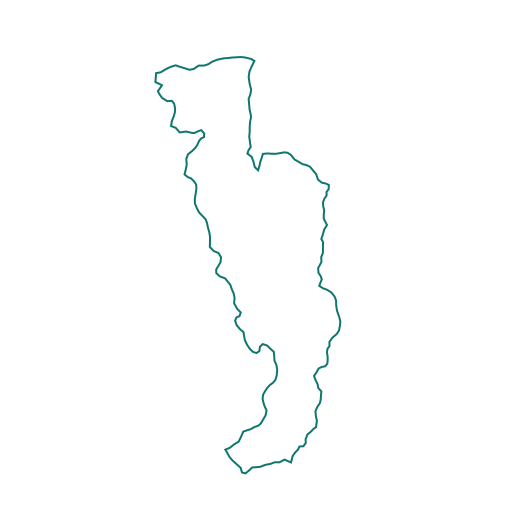 outline of Datas, Minas Gerais, Brazil, rotated 341°
{"feature_id": "56859067B3541118677484", "entity_name": "Datas", "entity_type": "district", "adm_level": 2, "iso_a3": "BRA", "parent_name": "Brazil", "parent_adm1": "Minas Gerais", "projection": "mercator", "projection_center": [-43.653, -18.476], "detail": "fine", "context": "isolated", "style": "outline", "palette": "teal", "viewbox_px": 512, "rotation_deg": 341, "n_neighbors": 0, "source": "geoboundaries", "source_scale": "gbopen_adm2", "svg_char_len": 3436}
<svg xmlns="http://www.w3.org/2000/svg" viewBox="0 0 512 512"><g transform="rotate(341 256 256)"><path d="M229.1,454.5L232.7,452.7L235.0,450.3L238.8,451.3L242.2,449.0L243.2,445.5L246.4,441.6L250.8,439.9L253.8,438.3L257.0,437.4L259.9,431.7L260.5,426.9L261.7,422.0L264.8,418.7L268.5,415.9L270.5,412.7L271.9,409.3L273.7,405.3L271.9,401.2L272.5,397.2L271.9,392.5L271.8,388.3L275.5,385.6L278.5,382.8L281.9,382.3L285.5,382.8L288.4,381.0L289.9,377.7L291.0,374.2L291.8,370.0L293.4,367.0L296.2,365.0L297.4,361.2L301.5,358.2L307.0,356.0L310.3,353.4L312.7,349.1L314.4,345.4L314.8,341.3L314.8,337.8L314.8,334.0L315.7,329.0L317.2,324.2L317.1,319.9L315.5,315.2L312.1,311.0L308.7,308.2L306.1,304.8L308.4,302.0L310.6,299.5L310.6,296.1L309.6,292.2L310.8,287.7L315.9,283.0L317.3,278.3L320.3,274.8L322.3,269.1L323.9,264.8L323.3,261.2L325.8,258.0L329.1,253.2L333.2,249.8L332.2,242.8L333.6,238.7L335.3,235.3L335.7,230.9L336.8,227.1L339.3,224.1L342.5,221.7L343.5,218.5L346.5,216.4L348.0,212.5L345.3,210.0L342.0,208.0L339.5,203.9L339.5,198.2L337.6,193.2L336.1,189.2L333.1,186.3L329.9,184.3L327.2,181.1L323.9,177.3L321.9,171.8L319.5,168.7L316.5,167.2L313.1,166.7L308.2,165.9L303.8,164.3L300.3,162.8L295.8,161.7L293.1,165.4L290.6,168.5L288.7,171.8L285.9,175.6L283.8,171.5L284.3,166.3L284.2,160.8L281.2,156.4L283.4,153.5L286.5,151.2L287.1,147.7L287.8,144.3L288.5,140.8L290.4,136.7L292.0,132.1L294.1,127.2L296.5,123.1L297.2,119.6L297.6,115.6L298.8,110.7L300.2,105.0L303.2,101.5L305.6,97.0L306.1,90.8L307.4,84.2L309.9,79.4L313.8,75.2L318.0,71.0L315.5,68.1L310.8,65.0L306.6,63.0L302.1,61.7L297.4,60.4L293.9,59.7L289.9,58.6L283.8,57.8L277.9,58.0L273.5,59.1L269.2,59.1L263.7,57.3L257.8,58.9L253.6,58.2L249.5,55.1L245.3,52.1L242.2,49.6L238.6,49.4L234.4,49.6L230.1,50.3L225.8,51.3L221.1,50.6L219.2,54.9L217.5,58.8L219.9,61.1L222.7,63.9L219.6,66.3L216.9,68.2L217.5,72.0L218.7,76.0L222.5,80.7L227.0,81.9L228.2,85.5L227.5,90.3L226.1,93.7L223.9,96.9L220.4,101.0L218.0,105.4L221.8,108.7L224.1,114.3L230.5,115.6L234.4,118.1L237.6,119.7L240.9,119.3L245.1,119.1L246.9,123.2L245.6,126.6L242.4,127.0L239.6,128.7L236.7,131.9L233.6,134.1L229.9,135.9L224.8,137.7L221.7,141.5L220.2,147.2L217.9,151.1L215.0,155.6L217.1,159.1L220.0,161.7L221.7,165.3L222.7,169.0L221.5,173.1L219.7,176.6L218.1,179.5L216.6,182.4L215.3,186.6L215.7,192.0L216.4,196.4L218.5,200.8L220.4,205.2L220.4,209.2L219.9,212.8L219.5,218.8L218.7,223.2L217.1,227.6L215.3,232.4L217.6,237.5L221.5,241.0L222.5,245.9L220.4,250.4L216.9,253.3L213.9,255.9L212.9,259.3L215.1,263.4L219.5,267.1L221.1,271.5L222.3,274.8L222.3,279.4L222.7,284.7L222.0,289.0L219.9,293.4L221.0,299.8L223.2,304.4L220.8,307.5L217.5,307.7L215.2,310.3L215.2,315.0L217.0,320.0L219.4,323.8L218.7,327.9L218.1,331.5L218.7,337.3L220.1,342.2L222.1,345.9L224.9,347.9L228.2,347.0L230.3,343.0L233.7,341.5L237.5,344.4L239.6,348.8L241.6,352.3L240.8,356.0L239.4,361.0L239.8,365.8L239.0,370.5L236.6,375.9L233.8,379.6L230.8,381.4L227.5,382.4L224.1,384.1L220.4,386.9L217.6,389.4L215.7,393.3L215.3,397.0L215.2,400.6L215.7,405.4L213.1,409.9L209.0,413.3L206.1,415.9L202.8,417.2L198.6,417.2L194.8,418.0L191.3,417.9L186.8,417.9L182.6,422.5L179.0,426.0L174.2,426.9L168.9,428.8L164.0,429.1L164.9,433.7L165.5,437.4L167.2,441.7L169.7,446.2L172.5,451.2L172.3,456.1L175.3,458.1L179.4,456.6L183.5,454.7L186.8,455.6L191.1,456.7L196.6,456.5L202.3,457.3L206.5,457.1L211.0,458.7L216.7,457.8L221.9,462.6L225.5,457.1L229.1,454.5Z" fill="none" stroke="#0f766e" stroke-width="2"/></g></svg>